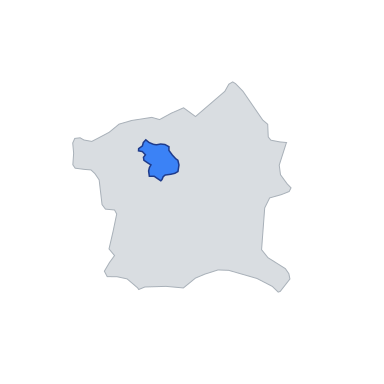 Vučitrn on a map of Kosovo (Mercator projection), rotated 300°
{"feature_id": "KOS-5895", "entity_name": "Vučitrn", "entity_type": "District", "adm_level": 1, "iso_a3": "XKX", "parent_name": "Kosovo", "parent_adm1": "", "projection": "mercator", "projection_center": [20.969, 42.808], "detail": "fine", "context": "in_parent", "style": "filled", "palette": "blue", "viewbox_px": 384, "rotation_deg": 300, "n_neighbors": 0, "source": "natural_earth", "source_scale": "10m", "svg_char_len": 1493}
<svg xmlns="http://www.w3.org/2000/svg" viewBox="0 0 384 384"><g transform="rotate(300 192 192)"><path d="M118.6,143.3L135.3,137.8L137.7,133.9L133.9,125.6L136.1,120.4L156.1,105.5L159.4,98.7L160.6,93.4L157.9,87.8L154.2,78.9L156.0,75.2L166.4,70.1L174.8,64.2L179.8,63.7L183.0,68.0L183.0,72.4L185.7,79.9L191.9,83.9L202.3,90.4L214.3,94.9L223.7,103.9L236.5,119.8L238.5,127.7L250.0,134.7L260.7,142.6L259.1,157.3L295.6,170.1L303.8,170.0L307.7,172.2L307.6,175.6L304.7,185.8L289.7,217.2L288.5,223.7L277.8,230.5L276.3,234.4L279.3,243.0L282.1,249.1L281.9,249.1L258.9,254.1L251.2,260.0L246.6,270.4L245.1,275.7L241.0,275.9L234.3,270.6L225.7,262.2L214.6,262.9L176.8,281.1L173.1,290.6L172.3,311.2L169.7,316.7L165.6,320.3L150.0,318.1L148.4,316.7L150.4,308.8L149.6,291.5L142.5,262.9L137.5,253.5L127.2,244.1L119.1,238.0L104.6,232.5L97.3,216.7L86.2,198.7L80.9,194.6L81.8,192.8L84.3,179.2L81.1,169.3L76.3,160.9L79.6,155.7L89.8,155.8L98.2,156.7L101.2,148.6L118.6,143.3Z" fill="#d9dde1" stroke="#a8b0b8" stroke-width="1"/><path d="M202.9,124.1L207.1,126.0L210.5,125.1L214.1,125.9L213.4,130.0L214.0,134.8L215.1,137.6L217.9,140.9L219.6,144.8L219.7,149.4L216.5,151.2L214.2,156.4L212.7,161.2L212.4,163.9L208.9,167.2L202.7,169.6L199.6,167.8L196.7,164.7L193.3,160.3L190.9,159.4L187.8,159.8L186.1,159.4L186.4,155.1L186.7,151.4L184.3,147.2L188.5,143.9L191.9,142.9L195.0,142.9L195.0,140.1L195.4,134.5L197.8,132.6L200.9,133.1L202.2,128.8L200.9,125.1L202.9,124.1Z" fill="#3b82f6" stroke="#1e3a8a" stroke-width="1.5"/></g></svg>